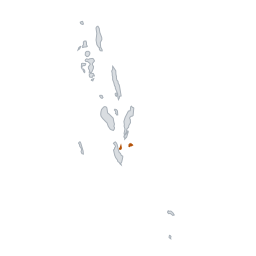 Ulawa-Ugi, Makira, Solomon Islands (highlighted), rotated 45°
{"feature_id": "97153195B5813678005448", "entity_name": "Ulawa-Ugi", "entity_type": "district", "adm_level": 2, "iso_a3": "SLB", "parent_name": "Solomon Islands", "parent_adm1": "Makira", "projection": "albers", "projection_center": [161.907, -10.009], "detail": "fine", "context": "in_parent", "style": "filled", "palette": "amber", "viewbox_px": 256, "rotation_deg": 45, "n_neighbors": 0, "source": "geoboundaries", "source_scale": "gbopen_adm2", "svg_char_len": 4974}
<svg xmlns="http://www.w3.org/2000/svg" viewBox="0 0 256 256"><g transform="rotate(45 128 128)"><path d="M98.8,128.7L103.0,131.8L104.9,131.5L110.5,131.5L113.8,133.8L115.7,134.8L116.8,136.8L118.1,137.2L119.0,138.3L119.4,140.1L117.4,141.1L116.2,141.4L112.9,140.8L109.8,139.3L103.7,139.2L100.8,138.8L99.9,138.3L98.9,137.5L97.5,135.8L96.3,133.8L96.1,132.6L96.0,130.3L96.4,129.4L97.5,128.6L98.8,128.7ZM118.0,109.8L122.8,115.6L122.6,116.7L122.0,117.3L121.8,119.3L122.4,120.1L123.7,120.4L126.0,122.5L126.9,125.8L127.9,127.0L127.9,129.4L130.0,132.8L130.2,134.4L130.0,135.2L129.1,134.7L126.6,130.9L123.7,129.3L123.4,128.5L120.5,126.3L118.5,122.5L116.3,115.8L117.3,114.2L114.9,111.0L115.0,110.1L116.7,110.3L117.1,109.9L118.0,109.8ZM100.6,112.8L101.2,114.7L98.6,113.1L96.6,111.1L91.0,108.9L89.8,107.8L88.7,107.7L85.8,105.9L83.0,104.7L80.8,102.5L79.8,102.1L78.0,100.4L76.2,99.3L75.6,97.2L73.9,95.7L73.5,95.1L78.9,96.2L81.4,98.5L83.5,99.8L84.3,100.7L86.2,102.0L87.9,102.1L89.6,103.4L91.2,103.7L92.4,104.4L100.5,110.2L99.5,111.7L100.6,112.8ZM136.7,150.3L139.1,151.5L140.6,151.3L142.6,152.1L144.2,151.6L145.2,152.7L147.7,156.7L147.7,158.0L149.4,158.9L148.0,159.0L146.1,158.6L144.6,158.9L143.0,158.1L140.4,157.7L138.1,156.8L133.3,153.8L133.3,152.4L132.6,151.7L132.3,149.8L130.6,149.3L128.6,149.2L128.5,148.3L128.8,146.8L130.3,146.8L132.1,147.4L136.7,150.3ZM54.6,91.1L55.2,91.8L53.7,93.0L51.7,92.4L51.2,91.4L49.9,91.7L47.1,91.1L43.2,88.4L39.1,83.2L35.1,80.3L34.4,79.4L34.3,77.9L34.8,77.3L37.2,77.9L40.4,80.3L45.6,82.7L47.0,84.0L47.9,87.0L48.8,87.9L51.6,90.2L54.6,91.1ZM60.2,108.9L61.4,110.5L62.8,114.0L62.6,115.3L61.6,115.3L61.3,116.1L60.0,114.4L58.2,114.0L56.8,112.9L56.2,109.5L55.2,109.3L52.2,109.6L51.3,110.8L49.9,110.5L49.6,109.4L49.8,108.4L51.6,107.4L51.9,106.2L53.7,103.9L54.8,103.6L56.9,104.3L57.2,107.4L58.0,108.4L60.2,108.9ZM114.9,178.0L113.6,178.7L112.4,178.3L111.4,177.8L110.7,176.3L109.0,175.4L106.7,175.0L105.5,174.0L103.9,173.8L103.5,173.0L103.6,172.1L103.8,171.7L105.3,172.1L112.5,176.0L114.9,178.0ZM39.2,103.0L38.9,103.2L38.2,102.2L37.7,101.9L37.7,100.7L35.7,98.8L35.6,97.5L36.7,96.2L38.2,96.9L39.8,98.5L41.5,99.0L41.2,100.1L39.6,102.0L39.2,103.0ZM49.1,105.9L48.3,106.7L46.1,106.6L44.5,104.7L44.5,103.2L45.7,101.8L47.3,101.5L48.1,102.0L48.9,103.2L49.2,104.6L49.1,105.9ZM66.9,117.5L65.1,119.0L63.7,118.5L62.5,117.2L63.1,115.2L64.2,114.8L64.8,114.0L66.9,114.6L67.4,115.0L66.2,115.9L66.8,116.7L66.9,117.5ZM221.6,158.1L218.4,158.5L217.2,159.9L215.6,159.7L215.0,158.6L215.0,158.0L215.9,158.1L216.4,157.0L217.3,156.4L219.5,156.2L222.2,156.8L221.6,157.9L221.6,158.1ZM133.5,135.4L133.6,138.3L132.1,136.7L131.5,137.3L130.8,136.5L131.0,133.3L129.9,130.1L130.8,130.4L133.5,135.4ZM53.0,118.2L53.1,118.5L52.0,118.0L49.6,115.3L50.0,114.5L52.1,112.7L52.8,112.5L53.4,113.5L52.9,115.1L52.2,115.5L51.9,117.0L53.0,118.2ZM106.8,123.2L108.5,123.4L111.5,126.0L110.8,126.8L109.4,126.4L108.9,126.6L108.5,125.7L107.0,124.9L105.6,124.9L105.4,124.0L106.8,123.2ZM87.9,125.8L85.6,125.6L85.0,124.9L85.8,123.9L86.8,123.3L87.7,123.9L88.7,124.0L88.8,125.3L87.9,125.8ZM22.5,87.1L20.6,87.6L19.4,87.0L19.9,85.5L20.5,84.7L23.0,86.0L22.5,87.1ZM97.5,113.7L96.5,114.0L95.2,113.3L94.6,112.6L94.9,111.6L95.6,111.2L96.6,111.9L96.7,112.6L97.5,113.7ZM236.6,176.1L234.9,176.4L234.3,176.3L233.2,174.6L234.0,174.2L235.3,174.4L235.6,175.4L236.6,176.1ZM58.0,119.0L58.0,119.7L56.9,119.5L54.4,118.5L54.3,118.0L55.7,117.8L56.7,118.0L58.0,119.0ZM37.8,106.4L37.5,108.3L36.4,105.9L36.6,103.9L37.0,103.7L37.8,106.4ZM69.8,119.6L68.3,120.2L67.9,119.4L68.9,117.3L69.8,119.6Z" fill="#d9dde1" stroke="#a8b0b8" stroke-width="1"/><path d="M142.3,137.2L142.2,137.2L142.2,137.3L142.0,137.5L141.9,137.4L142.0,137.4L141.9,137.3L141.8,137.2L141.7,137.2L141.4,137.2L141.4,137.3L141.3,137.5L141.2,137.7L141.2,137.8L141.2,138.0L141.2,138.3L141.3,138.5L141.2,138.5L141.3,138.6L141.3,138.8L141.4,139.0L141.5,139.0L141.4,139.1L141.5,139.1L141.4,139.1L141.4,139.3L141.5,139.3L141.5,139.5L141.6,139.8L141.7,140.0L141.8,140.1L142.0,140.0L141.9,140.0L142.0,140.0L142.1,139.9L142.1,139.7L142.1,139.4L142.0,139.2L142.0,138.9L141.9,138.7L142.0,138.7L141.9,138.7L142.0,138.6L141.9,138.6L142.0,138.5L142.0,138.4L141.9,138.4L142.0,138.4L141.9,138.4L142.0,138.3L141.9,138.3L142.0,138.3L142.0,138.2L141.9,137.9L142.0,137.9L141.9,137.8L142.0,137.7L142.0,137.8L142.0,137.7L141.9,137.7L142.0,137.7L142.3,137.5L142.2,137.5L142.3,137.5L142.3,137.4L142.2,137.5L142.3,137.4L142.3,137.2ZM137.7,147.9L137.6,147.7L137.5,147.4L137.4,147.4L137.4,147.2L137.1,147.0L137.1,146.9L136.9,146.9L136.7,146.9L136.6,147.0L136.5,147.3L136.5,147.5L136.6,147.8L136.6,147.7L136.8,147.7L136.9,147.8L136.9,148.0L137.0,148.2L137.0,148.3L136.9,148.4L136.8,148.5L137.0,148.7L137.4,148.5L137.5,148.4L137.6,148.2L137.7,147.9L137.7,147.9ZM136.3,146.3L136.2,146.2L135.9,146.0L136.0,146.2L136.0,146.3L136.1,146.5L136.2,146.4L136.3,146.3ZM142.1,139.3L142.1,139.2L142.0,139.3L142.1,139.2L142.1,139.3L142.1,139.2L142.1,139.3L142.1,139.3Z" fill="#f59e0b" stroke="#b45309" stroke-width="1.5"/></g></svg>